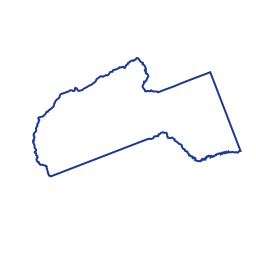 the district of Mohave, Arizona, United States of America, rotated 69°
{"feature_id": "52423323B36780146179485", "entity_name": "Mohave", "entity_type": "district", "adm_level": 2, "iso_a3": "USA", "parent_name": "United States of America", "parent_adm1": "Arizona", "projection": "natural_earth1", "projection_center": [-113.558, 35.605], "detail": "fine", "context": "isolated", "style": "outline", "palette": "blue", "viewbox_px": 256, "rotation_deg": 69, "n_neighbors": 0, "source": "geoboundaries", "source_scale": "gbopen_adm2", "svg_char_len": 5612}
<svg xmlns="http://www.w3.org/2000/svg" viewBox="0 0 256 256"><g transform="rotate(69 128 128)"><path d="M105.4,31.2L105.3,55.1L105.4,65.9L105.6,69.9L105.4,80.5L105.5,87.1L104.7,87.4L104.3,88.0L102.5,92.1L101.9,92.3L101.2,92.8L101.2,93.3L101.5,93.6L101.7,94.0L100.4,96.4L100.4,97.7L99.8,98.6L99.5,98.9L98.8,98.6L98.2,98.7L97.3,99.1L96.1,99.5L94.7,99.6L93.9,99.2L93.2,98.5L92.4,97.4L90.4,96.4L90.5,95.9L91.0,95.4L90.8,94.9L89.7,93.3L89.2,93.1L87.8,91.5L87.3,90.6L85.4,90.4L84.8,90.5L84.2,91.1L83.1,91.8L82.7,91.5L82.5,91.0L82.2,90.9L81.8,90.9L80.9,91.6L80.0,91.6L79.8,91.5L79.9,90.5L79.5,90.1L76.1,90.1L74.7,90.7L73.6,91.5L73.3,91.4L73.0,90.8L72.8,90.7L71.2,92.0L70.8,92.4L68.4,93.1L66.9,93.3L66.3,93.8L65.8,94.5L65.9,95.1L66.5,95.7L66.9,96.5L66.9,96.8L66.7,97.2L66.6,97.7L66.7,97.9L67.0,98.1L67.2,98.4L67.3,98.6L67.2,99.1L66.5,99.9L66.5,101.6L66.6,102.3L67.2,103.2L67.3,103.6L67.2,104.5L68.5,105.6L68.4,106.6L68.9,107.4L70.7,109.3L70.6,109.9L69.9,110.0L69.0,110.6L68.9,111.4L69.1,112.3L68.7,113.4L68.3,113.7L68.2,114.0L68.9,115.1L68.8,116.6L69.1,117.5L69.0,119.0L68.5,120.8L68.8,121.3L69.8,122.1L69.9,122.4L69.8,122.9L69.4,123.8L69.4,124.7L70.1,125.4L71.2,127.0L71.4,127.6L71.4,128.5L70.7,129.9L70.9,130.8L70.9,132.1L71.2,132.9L70.9,133.5L70.3,134.0L70.1,134.3L70.0,135.2L70.0,136.0L70.7,137.5L70.8,138.8L70.9,139.1L71.5,140.2L72.9,141.5L74.1,145.4L74.6,147.4L74.5,149.3L75.1,151.7L75.5,155.4L75.7,155.7L75.9,156.0L76.1,157.2L76.0,158.6L75.8,160.3L75.5,161.0L75.0,161.4L74.4,161.5L73.2,161.5L72.6,161.7L71.7,162.9L71.9,163.2L73.0,163.8L73.6,164.2L74.0,164.7L74.1,165.2L73.9,165.9L72.8,166.8L72.2,168.0L72.2,169.3L72.6,170.3L72.7,170.9L72.3,172.4L72.6,174.2L72.4,175.2L72.5,176.4L72.2,177.9L72.3,178.6L72.5,179.2L73.1,179.9L74.2,180.5L75.0,181.3L75.6,182.8L75.9,184.2L76.9,186.1L78.2,187.2L78.9,188.2L80.1,188.8L80.6,189.4L81.5,190.0L81.8,191.4L82.3,192.3L82.5,193.1L82.6,193.9L83.1,194.8L83.1,195.6L83.3,196.2L84.1,197.0L84.1,197.5L83.8,197.9L83.8,198.3L84.2,199.0L85.2,199.8L86.5,202.6L86.7,204.1L86.4,204.9L86.5,206.3L86.1,207.4L86.2,207.6L86.8,208.3L87.5,208.3L88.7,208.0L89.1,208.1L89.6,209.0L90.4,209.3L91.3,210.1L91.7,211.1L92.2,211.4L93.1,211.5L93.7,212.3L94.7,213.2L95.2,214.0L95.9,214.2L96.7,214.3L98.0,215.1L98.4,215.8L99.1,217.3L100.1,218.3L100.4,218.2L101.5,218.9L102.2,218.6L103.1,218.7L103.5,219.1L103.8,219.1L104.2,219.3L104.7,220.0L105.0,220.1L105.3,220.7L105.9,221.3L106.3,221.2L106.6,220.7L106.8,220.9L107.3,221.6L107.7,221.8L109.7,221.5L110.7,221.5L112.1,222.1L113.4,222.1L114.9,221.7L115.9,221.8L116.2,221.9L116.9,223.6L117.1,223.8L117.3,223.8L118.0,223.5L118.2,223.1L118.5,223.2L119.1,223.0L119.6,223.0L120.5,223.5L121.6,222.9L122.7,222.7L123.3,223.1L123.5,223.9L123.9,224.0L124.1,224.3L124.3,224.4L124.7,224.8L125.9,224.8L126.2,224.6L126.6,224.5L126.9,224.6L127.2,224.3L127.4,224.3L127.7,224.0L127.9,224.0L128.0,223.7L128.3,223.9L128.9,223.5L129.5,223.6L129.9,223.3L130.3,223.4L131.2,222.5L131.4,221.4L132.1,220.7L132.2,220.3L133.1,219.3L133.9,218.1L134.4,217.8L134.8,217.9L135.1,217.8L135.4,218.2L136.0,218.3L137.3,218.3L138.8,218.5L139.9,218.5L140.6,218.6L141.0,218.9L142.2,218.7L143.9,218.9L144.8,217.9L145.0,217.5L145.5,217.3L145.4,114.2L145.5,113.3L145.4,113.0L145.8,112.3L145.8,111.8L146.1,111.1L146.6,110.2L146.6,109.6L146.7,108.6L146.3,107.8L146.0,107.6L145.7,106.9L145.3,106.6L145.4,106.2L145.6,105.8L145.8,104.9L145.7,104.1L146.3,103.2L146.2,102.9L146.3,102.8L146.1,102.3L145.3,102.0L145.0,101.6L144.9,101.2L145.0,100.6L144.5,99.1L144.4,98.3L144.4,97.1L144.6,96.8L145.5,95.9L145.8,95.1L146.0,94.2L146.8,93.7L147.5,93.9L148.4,93.8L149.6,94.4L150.5,94.1L151.0,94.3L151.6,94.1L151.9,93.3L152.1,92.9L152.5,92.6L152.7,92.2L152.6,91.3L152.8,90.1L154.2,89.4L155.2,88.5L155.9,88.6L156.3,89.0L157.0,88.7L157.6,87.9L158.1,87.6L160.0,86.5L161.0,86.1L162.0,84.8L163.0,84.2L163.7,84.0L165.1,84.5L167.4,83.8L167.8,83.6L168.2,82.7L168.7,82.7L169.3,82.9L169.8,82.9L170.6,82.2L170.9,81.3L171.5,81.0L172.9,81.3L173.7,80.6L174.6,80.6L175.4,80.9L175.8,80.4L175.8,79.9L175.9,79.7L176.8,79.6L177.2,79.2L177.5,78.3L177.9,78.0L179.0,78.5L179.7,78.1L179.3,77.0L179.7,76.4L180.7,76.0L181.2,76.0L181.5,76.4L181.9,76.9L182.9,76.2L183.4,75.4L183.6,74.8L184.4,73.5L184.6,73.4L184.6,72.9L185.0,72.1L184.9,72.0L185.0,71.9L184.6,71.2L184.2,71.0L184.1,70.6L183.7,70.1L183.9,70.0L184.0,70.1L184.3,69.9L184.0,69.6L183.8,69.6L184.0,69.5L184.0,69.0L183.8,68.8L184.4,68.4L184.5,68.5L184.7,68.4L184.6,67.9L185.0,67.7L184.9,67.3L185.1,67.0L184.7,66.8L184.3,66.9L184.2,66.8L184.2,66.6L184.3,66.5L184.3,66.3L183.8,66.1L184.0,65.9L183.7,65.7L183.8,65.5L183.8,65.3L183.4,65.2L183.2,64.9L183.4,64.7L183.2,64.4L183.3,63.9L183.0,63.9L183.2,63.3L183.0,63.2L183.1,62.9L183.3,62.9L183.5,62.4L183.4,62.3L183.2,62.2L183.3,62.1L183.6,61.8L183.6,61.5L184.0,61.4L183.9,61.0L184.4,61.1L184.5,61.0L184.4,60.6L184.7,60.6L184.7,60.2L184.8,60.3L184.7,59.8L185.0,59.6L184.9,59.4L185.1,59.2L185.2,58.8L185.1,58.4L185.2,58.2L185.0,57.8L185.0,57.1L184.8,56.9L184.9,56.6L184.7,55.9L184.8,55.6L184.6,55.5L184.7,55.3L184.4,54.8L184.4,54.1L184.2,53.9L184.3,53.6L184.3,53.1L184.7,52.6L184.7,51.8L184.6,51.7L184.9,51.3L184.7,51.1L185.0,50.7L185.3,50.6L185.0,50.3L185.1,50.0L185.4,50.1L185.0,49.5L185.2,49.4L185.4,49.5L185.6,49.4L185.3,49.1L185.6,49.0L185.4,48.3L185.6,48.4L185.7,48.1L185.4,48.1L185.1,47.3L185.6,46.8L185.3,46.8L185.2,46.3L185.5,45.9L185.6,45.4L185.5,45.2L185.8,45.2L186.0,45.1L186.0,44.6L186.4,44.5L186.2,44.0L186.3,43.4L186.5,43.3L186.2,42.9L186.6,42.9L187.1,41.8L187.0,41.2L187.8,40.1L187.8,38.7L189.2,37.1L189.3,35.5L190.2,34.6L190.1,33.5L189.4,32.5L189.7,31.2L105.4,31.2Z" fill="none" stroke="#1e3a8a" stroke-width="2"/></g></svg>